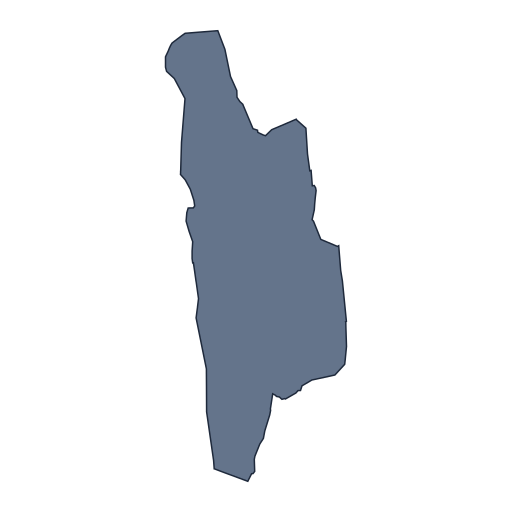 the district of Hufash, Al Mahwit, Yemen
{"feature_id": "15242507B53182107073973", "entity_name": "Hufash", "entity_type": "district", "adm_level": 2, "iso_a3": "YEM", "parent_name": "Yemen", "parent_adm1": "Al Mahwit", "projection": "equal_earth", "projection_center": [43.421, 15.375], "detail": "fine", "context": "isolated", "style": "filled", "palette": "slate", "viewbox_px": 512, "rotation_deg": 0, "n_neighbors": 0, "source": "geoboundaries", "source_scale": "gbopen_adm2", "svg_char_len": 1672}
<svg xmlns="http://www.w3.org/2000/svg" viewBox="0 0 512 512"><path d="M247.8,481.3L247.9,481.1L251.6,473.7L253.0,473.6L254.7,471.4L254.3,459.4L254.9,456.2L259.8,444.0L263.4,438.4L264.8,430.9L269.7,415.0L270.6,410.4L270.4,408.9L272.7,393.8L275.5,395.3L276.4,396.4L279.4,397.0L281.9,399.3L284.6,398.6L285.4,399.0L288.9,397.0L295.9,393.0L298.0,390.6L300.5,390.5L302.0,385.8L311.9,380.0L334.9,375.0L344.7,364.3L345.3,358.9L345.3,358.7L346.5,346.5L345.9,327.5L345.8,322.2L345.6,321.8L346.4,321.4L342.4,280.9L340.7,270.5L338.7,245.7L337.4,246.4L320.8,239.4L313.5,221.2L312.3,219.9L312.1,219.7L314.3,209.8L314.7,203.7L315.3,197.4L316.1,190.6L315.6,187.8L314.2,185.5L312.3,185.8L311.1,170.4L309.8,170.8L307.5,154.0L305.9,128.2L296.4,119.7L296.3,119.2L296.2,119.2L274.5,128.5L271.7,129.7L265.5,135.7L263.3,135.0L257.8,132.4L257.5,130.2L253.0,128.7L243.0,104.9L242.9,104.4L239.9,101.6L237.0,97.3L236.8,90.6L230.5,76.5L224.9,49.3L217.8,30.7L196.0,32.4L185.1,33.3L182.0,35.5L175.1,40.7L171.9,43.2L171.6,43.8L170.7,45.3L169.7,47.4L169.3,48.3L168.2,51.1L165.5,56.8L165.5,67.2L166.6,71.4L174.3,78.5L185.0,98.6L181.5,142.4L181.1,156.2L180.7,170.4L180.6,171.2L180.6,172.6L180.5,174.5L185.2,179.8L190.3,189.2L193.9,200.4L194.7,206.0L193.3,207.9L188.2,208.0L186.8,212.7L186.1,221.1L189.1,231.4L192.7,241.7L192.1,251.1L192.1,258.6L192.7,262.9L193.4,262.8L194.7,271.7L196.0,281.1L196.2,282.1L196.4,283.5L198.5,298.5L198.5,298.8L197.5,307.0L197.5,307.3L197.0,310.9L196.1,317.9L206.4,368.9L206.4,371.3L206.5,387.3L206.5,388.0L206.6,411.8L207.1,415.3L207.4,417.3L208.4,424.3L213.6,460.5L214.2,468.8L214.3,468.8L222.7,472.0L247.8,481.3Z" fill="#64748b" stroke="#1e293b" stroke-width="1.5"/></svg>